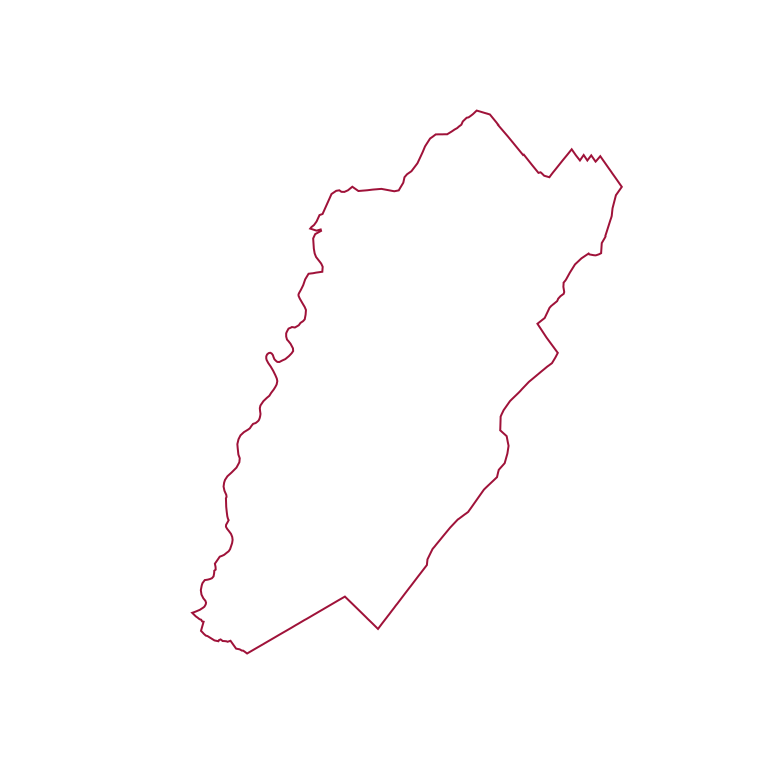 the district of Atoyatempan, Puebla, Mexico, rotated 32°
{"feature_id": "50627088B54024314653329", "entity_name": "Atoyatempan", "entity_type": "district", "adm_level": 2, "iso_a3": "MEX", "parent_name": "Mexico", "parent_adm1": "Puebla", "projection": "mercator", "projection_center": [-97.911, 18.804], "detail": "fine", "context": "isolated", "style": "outline", "palette": "rose", "viewbox_px": 768, "rotation_deg": 32, "n_neighbors": 0, "source": "geoboundaries", "source_scale": "gbopen_adm2", "svg_char_len": 5197}
<svg xmlns="http://www.w3.org/2000/svg" viewBox="0 0 768 768"><g transform="rotate(32 384 384)"><path d="M410.7,685.1L425.6,656.9L428.1,652.1L429.7,649.1L431.9,645.0L434.6,639.9L437.0,635.2L438.3,632.8L439.9,629.7L441.6,626.4L442.7,624.5L443.6,622.8L444.5,621.1L447.1,616.1L447.6,615.2L449.2,612.1L451.8,607.2L452.2,606.4L455.2,600.7L459.7,592.1L463.5,585.0L475.1,587.5L486.1,589.9L493.3,591.5L494.0,591.7L496.9,592.3L500.7,593.1L505.6,594.2L508.7,594.9L509.3,588.0L509.9,581.9L510.0,581.1L510.2,578.7L510.4,577.0L510.8,572.3L511.2,568.4L511.4,565.6L511.7,563.3L511.9,561.1L512.2,557.8L512.8,551.1L513.5,543.7L513.8,540.9L515.0,527.9L515.1,527.1L516.3,514.8L513.8,509.7L513.1,503.1L512.6,498.1L513.1,494.8L513.3,492.9L513.9,488.4L514.7,482.0L516.2,470.7L518.4,459.7L518.7,459.2L521.7,451.5L522.2,450.4L523.2,447.8L523.2,446.9L523.5,442.3L523.8,436.8L524.2,429.5L524.4,425.9L524.7,420.6L525.3,418.1L526.3,414.2L528.3,406.6L529.2,403.1L527.5,398.2L527.0,396.5L526.8,396.0L528.3,387.2L525.5,377.6L522.4,370.4L522.0,370.0L519.8,367.7L516.1,363.7L515.6,363.2L509.9,362.2L507.1,361.7L506.2,360.1L501.0,351.2L500.2,349.9L499.8,347.3L499.5,344.4L499.3,342.9L499.9,331.8L500.4,329.6L502.8,320.0L503.3,317.7L503.7,315.3L505.7,305.6L505.8,305.2L507.4,300.4L510.6,290.6L513.2,282.8L513.7,281.6L515.4,277.3L515.3,270.7L514.9,265.5L514.6,265.4L504.0,261.2L497.2,258.5L494.8,257.4L482.2,251.6L484.1,246.2L485.3,242.9L484.5,235.8L484.0,231.7L484.4,229.4L484.5,229.0L486.9,222.0L486.7,220.4L486.5,219.4L487.1,216.0L488.6,212.3L488.3,211.3L488.1,210.5L484.6,206.5L483.0,203.5L482.6,202.9L483.0,199.9L483.0,198.4L482.6,190.9L482.6,190.3L482.6,181.3L482.7,181.0L484.8,173.0L484.9,172.7L488.4,164.9L489.4,165.3L493.9,163.5L495.4,162.7L497.5,160.2L498.8,158.0L494.0,149.1L493.8,142.7L493.7,141.5L493.2,141.0L492.2,137.0L489.1,124.9L488.5,122.3L488.1,120.9L484.7,113.9L480.6,100.9L480.7,100.0L481.2,90.8L470.6,86.3L465.3,84.1L464.7,83.8L459.9,81.8L459.2,81.5L452.6,78.7L451.6,78.3L446.7,76.2L445.7,83.0L445.6,83.3L438.6,80.3L438.0,86.7L432.0,84.0L431.7,90.6L425.6,88.4L418.8,85.5L418.0,92.2L417.0,99.8L415.7,111.1L415.2,115.1L414.8,119.3L414.7,121.0L409.5,122.5L406.0,121.7L404.6,121.5L403.1,123.1L393.4,119.8L381.0,115.4L380.7,115.9L380.6,116.1L357.8,108.4L343.4,103.9L343.4,103.5L342.1,103.2L341.3,102.8L331.0,99.3L317.7,103.0L316.4,108.1L315.3,111.0L314.4,113.1L313.0,114.4L312.1,118.0L312.0,118.3L311.7,119.6L312.2,123.1L311.2,125.7L311.0,126.2L310.5,128.1L308.9,131.0L308.4,132.2L307.5,134.2L305.2,138.8L303.4,139.9L295.6,144.9L294.2,148.6L293.0,151.4L292.9,158.8L292.9,160.8L293.9,166.9L294.3,170.1L295.4,179.1L294.5,189.0L292.4,193.9L291.8,197.8L293.6,202.8L293.7,203.3L293.8,209.2L293.9,212.0L290.6,215.1L278.4,219.9L271.3,225.2L267.1,228.6L260.0,233.9L252.6,233.5L250.8,238.8L249.8,240.3L248.6,242.1L246.0,243.6L243.5,243.4L241.1,245.5L238.8,250.7L239.6,256.4L241.8,272.4L239.8,274.9L240.7,281.9L240.4,286.3L239.3,289.4L239.1,291.3L245.5,289.7L248.4,286.5L249.5,287.5L246.2,293.4L246.8,298.1L252.7,306.3L256.0,310.0L259.1,312.3L266.5,315.0L267.3,315.4L269.9,317.1L272.2,321.5L267.2,325.7L265.2,327.6L263.3,329.1L261.6,330.5L261.7,337.0L263.1,343.0L263.6,348.0L263.8,351.9L264.0,353.3L264.8,354.5L267.3,356.2L272.0,358.7L275.9,360.7L278.6,362.6L280.8,366.8L282.5,371.2L282.1,373.5L280.8,376.4L280.6,379.3L279.8,380.9L278.5,383.3L275.7,384.5L275.1,385.6L273.7,387.6L273.9,391.1L274.2,392.9L275.9,395.6L278.2,397.7L280.0,398.2L283.4,399.4L287.9,402.0L289.5,404.2L289.4,406.8L288.6,410.7L288.0,412.5L287.1,415.2L285.3,417.9L283.6,420.8L281.8,421.8L280.1,421.6L278.0,421.1L275.9,419.6L274.5,418.4L272.7,417.7L271.2,417.7L270.4,418.3L269.8,419.0L269.2,420.9L269.5,422.9L270.5,424.6L271.7,425.8L274.8,427.6L278.8,429.3L283.0,431.5L287.2,434.1L290.2,436.2L292.0,438.1L293.2,441.3L293.4,444.0L293.4,447.1L293.0,451.3L293.0,454.8L292.0,457.8L290.8,462.5L290.6,467.7L291.5,470.3L293.0,472.3L295.1,474.8L295.9,476.6L296.6,478.6L297.0,480.7L296.9,482.0L296.4,483.6L295.8,485.2L295.1,486.0L294.1,487.2L293.8,489.7L293.7,492.7L292.9,494.7L290.7,499.1L289.5,503.6L289.9,508.0L291.5,512.7L293.9,515.9L297.9,521.0L301.0,523.4L302.8,527.0L303.2,533.1L301.6,540.0L300.1,545.2L300.0,549.6L300.7,552.4L302.3,556.0L305.3,559.1L309.0,561.6L310.3,563.2L310.5,564.7L311.4,566.0L315.3,571.8L318.5,575.9L321.2,579.2L323.0,580.9L324.4,581.8L324.6,584.3L324.7,587.1L325.6,588.8L327.6,589.9L330.4,590.9L333.7,592.2L336.4,594.2L338.2,596.4L339.5,599.4L341.0,605.7L340.9,608.2L340.0,610.6L339.0,613.5L337.8,615.4L336.2,617.5L336.0,622.2L335.8,626.0L338.1,628.4L339.6,630.6L339.0,632.3L339.7,633.5L340.4,634.9L341.4,637.5L341.0,639.9L339.7,641.7L338.1,643.4L335.9,645.3L335.6,649.2L336.2,651.5L337.9,655.9L340.8,659.3L344.4,661.5L347.4,662.5L349.0,663.8L349.6,665.4L349.7,668.0L349.2,669.4L347.5,673.1L344.6,677.2L342.6,679.7L347.6,680.8L349.6,680.9L352.2,681.2L353.9,680.8L355.5,681.7L357.0,681.2L359.6,690.3L361.2,690.7L362.1,690.9L363.4,691.3L366.2,691.8L367.9,691.3L376.0,691.3L376.4,691.2L379.9,689.9L379.8,688.6L380.8,687.2L382.2,687.3L383.3,687.5L384.5,686.8L386.7,685.7L387.9,685.5L388.6,684.7L389.9,683.1L398.8,686.8L402.2,685.5L404.7,685.4L405.7,684.8L407.2,684.8L410.7,685.1Z" fill="none" stroke="#9f1239" stroke-width="2"/></g></svg>